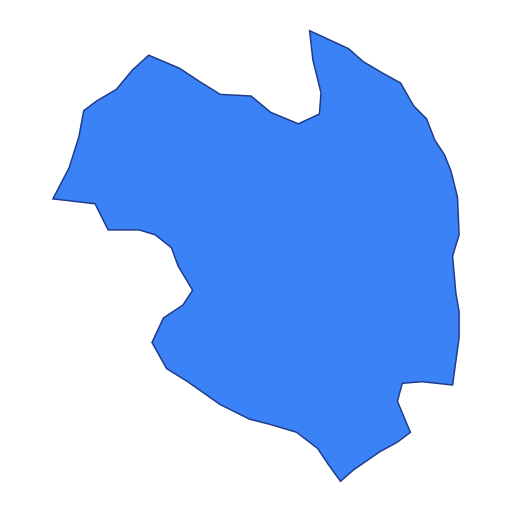 Pyrga Ammochostou, Cyprus (Mercator projection)
{"feature_id": "46923920B31691504288871", "entity_name": "Pyrga Ammochostou", "entity_type": "district", "adm_level": 2, "iso_a3": "CYP", "parent_name": "Cyprus", "parent_adm1": "", "projection": "mercator", "projection_center": [33.722, 35.186], "detail": "fine", "context": "isolated", "style": "filled", "palette": "blue", "viewbox_px": 512, "rotation_deg": 0, "n_neighbors": 0, "source": "geoboundaries", "source_scale": "gbopen_adm2", "svg_char_len": 843}
<svg xmlns="http://www.w3.org/2000/svg" viewBox="0 0 512 512"><path d="M52.9,198.9L95.1,203.8L108.1,229.9L139.0,229.9L155.2,234.8L171.5,247.8L178.0,265.8L192.6,290.3L182.9,305.0L163.4,318.0L152.0,342.5L166.6,368.6L187.7,381.7L220.2,404.6L249.5,419.2L269.0,424.1L296.6,432.3L317.8,448.6L327.5,463.3L340.5,481.3L353.5,469.9L379.5,451.9L397.4,442.1L410.4,432.3L397.4,401.3L402.3,383.3L421.8,381.7L452.6,385.0L459.1,337.6L459.1,311.5L455.9,293.5L452.6,256.0L459.1,234.8L457.5,197.2L451.0,171.1L444.5,154.8L434.8,140.1L426.6,118.9L413.6,105.8L400.6,83.0L382.8,73.2L363.3,61.7L348.6,48.7L309.6,30.7L312.9,60.1L321.0,92.8L319.4,114.0L298.3,123.8L270.6,112.3L251.1,96.0L220.2,94.4L199.1,81.3L179.6,68.3L148.7,55.2L132.5,69.9L116.2,89.5L96.7,100.9L83.7,110.7L78.9,136.8L69.1,167.8L52.9,198.9Z" fill="#3b82f6" stroke="#1e3a8a" stroke-width="1.5"/></svg>